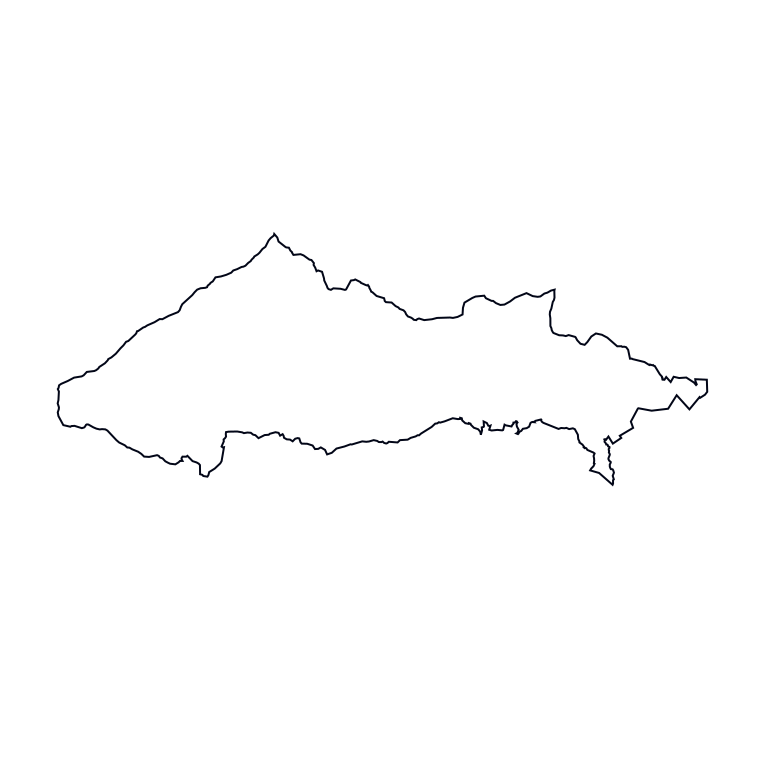 Dumitrita, Bistrita-Nasaud, Romania (Mercator projection), rotated 193°
{"feature_id": "2599482B55975962781484", "entity_name": "Dumitrita", "entity_type": "district", "adm_level": 2, "iso_a3": "ROU", "parent_name": "Romania", "parent_adm1": "Bistrita-Nasaud", "projection": "mercator", "projection_center": [24.726, 47.079], "detail": "fine", "context": "isolated", "style": "outline", "palette": "ink", "viewbox_px": 768, "rotation_deg": 193, "n_neighbors": 0, "source": "geoboundaries", "source_scale": "gbopen_adm2", "svg_char_len": 6152}
<svg xmlns="http://www.w3.org/2000/svg" viewBox="0 0 768 768"><g transform="rotate(193 384 384)"><path d="M524.7,505.5L524.7,503.9L527.3,500.6L528.7,497.9L530.4,491.0L532.8,488.2L534.9,483.8L536.2,481.9L539.1,479.0L539.3,478.0L541.0,475.3L541.5,473.8L543.6,471.4L545.6,468.1L547.4,466.7L549.1,466.0L552.9,462.9L556.4,460.7L557.9,458.1L562.2,454.9L567.1,452.1L572.2,450.0L573.9,445.5L575.8,443.5L576.2,442.4L577.9,440.2L578.2,438.5L579.8,437.5L584.3,436.0L587.3,433.9L589.2,430.8L590.8,427.5L598.5,416.4L599.2,413.6L599.7,409.9L600.9,407.7L609.1,402.0L614.5,397.3L617.2,396.8L621.5,392.6L627.8,387.9L629.7,385.9L631.3,384.9L635.5,380.3L636.5,379.9L636.8,377.7L637.4,376.4L642.8,368.4L644.8,367.1L646.6,363.0L648.8,359.5L652.1,353.2L655.6,348.6L658.3,346.2L658.5,345.0L660.6,341.4L665.2,336.6L665.9,334.8L667.6,332.7L669.2,331.5L676.3,328.9L678.6,324.9L680.3,323.4L687.4,320.5L692.8,315.8L698.6,311.5L700.3,309.6L700.2,307.0L700.7,305.7L699.1,303.6L697.6,295.1L697.6,291.7L695.5,288.2L695.2,286.4L695.5,283.0L694.0,279.5L687.2,271.8L680.0,271.8L679.1,272.7L676.1,273.6L668.5,273.0L666.5,274.1L665.9,274.9L665.1,277.2L664.4,277.8L662.9,278.0L657.5,276.4L654.2,275.8L650.8,275.8L648.6,276.6L645.3,277.1L643.0,276.4L632.1,269.1L628.9,267.4L622.8,266.0L619.9,264.4L617.7,264.7L614.5,263.7L608.3,262.7L604.7,261.3L601.4,259.3L596.5,260.1L589.1,263.6L587.3,263.3L585.8,262.0L583.0,261.7L579.7,259.5L576.8,258.7L574.5,258.2L569.2,258.8L566.5,261.5L565.5,263.1L563.0,263.7L564.3,265.2L564.6,266.1L564.0,267.9L560.3,268.7L559.4,269.8L553.2,265.8L548.9,265.4L546.6,264.7L545.1,263.6L542.9,254.7L540.5,254.6L539.4,253.7L535.2,254.0L534.6,255.7L534.5,258.9L529.9,263.5L525.7,269.8L524.9,272.3L525.7,286.4L526.8,285.9L528.2,286.5L527.2,292.0L527.8,293.9L526.7,295.5L526.1,297.2L526.9,299.7L527.1,301.6L524.7,302.6L516.3,304.7L511.2,305.0L509.5,304.6L506.1,306.0L502.8,306.5L500.1,305.2L497.8,305.2L494.1,303.0L488.8,307.4L484.9,308.6L484.1,309.8L478.9,312.6L475.7,312.7L473.6,310.3L471.5,312.3L470.2,311.0L469.3,309.1L466.3,308.2L463.1,308.7L460.1,307.6L458.2,310.7L455.9,311.9L454.3,311.9L452.2,308.4L450.8,307.4L445.3,308.5L439.7,308.0L436.6,305.1L433.5,306.0L431.3,308.0L426.6,306.5L423.6,302.6L419.4,305.2L415.8,310.4L408.5,314.2L403.1,317.7L401.8,317.8L392.3,323.2L388.3,323.7L385.7,324.6L381.4,327.0L377.8,327.0L376.0,326.3L373.5,326.8L372.4,327.6L370.6,326.6L368.5,326.5L367.4,327.2L366.3,328.8L357.6,330.1L355.8,332.9L348.4,335.1L345.9,337.5L341.3,340.1L339.8,341.6L338.3,341.9L336.8,344.0L327.9,352.9L325.2,356.9L323.3,357.6L321.9,359.1L320.6,359.0L316.6,361.2L309.3,366.1L304.3,366.4L302.1,367.0L302.2,368.2L300.5,368.1L299.6,366.1L296.0,364.1L292.5,364.2L292.5,365.0L290.8,364.8L290.0,363.7L286.6,361.6L282.1,361.1L279.5,359.2L278.2,356.3L278.0,360.9L279.0,363.7L277.3,364.6L277.1,365.3L278.5,369.9L275.0,369.1L273.0,366.8L271.8,366.8L270.9,367.4L271.2,363.1L268.7,362.9L263.2,364.8L258.4,365.4L257.6,366.0L257.4,371.5L256.1,371.1L250.2,371.3L249.8,372.9L249.1,374.0L249.2,375.5L247.9,375.8L247.0,377.5L246.2,377.4L245.3,376.5L245.6,376.2L245.8,374.5L244.9,372.4L242.5,369.7L243.0,366.4L243.9,365.6L242.2,365.3L241.7,366.1L241.5,367.6L239.7,369.2L238.6,371.6L235.0,373.1L233.0,375.1L232.5,379.0L231.9,379.7L231.1,380.3L228.9,380.6L229.3,380.9L228.7,381.1L228.3,382.1L223.0,384.8L222.7,384.6L222.8,384.0L221.8,382.8L220.0,382.0L203.8,379.5L201.5,381.0L198.1,381.5L196.4,382.3L193.5,381.7L190.0,383.3L187.9,382.9L183.7,378.2L182.4,374.1L180.4,371.6L180.4,371.0L177.0,369.6L174.9,367.8L175.2,367.3L174.0,366.6L173.3,367.0L172.4,366.9L171.0,365.5L164.5,364.3L163.2,363.7L163.6,361.0L162.6,358.8L161.9,356.4L161.7,354.0L160.9,353.7L161.4,351.0L163.1,348.2L163.7,346.2L154.4,345.7L138.6,337.2L138.4,338.4L139.2,341.8L138.6,342.8L140.5,346.0L140.0,349.3L141.2,351.4L142.1,352.3L143.8,352.1L144.8,353.3L145.4,354.3L145.9,356.3L145.4,358.4L145.6,359.1L147.4,360.0L148.4,361.3L148.6,362.2L148.1,365.6L148.2,366.4L149.5,367.9L149.6,369.6L150.2,370.3L150.4,371.3L149.9,372.5L150.2,373.4L151.6,373.7L152.2,374.8L152.9,375.2L153.8,375.0L154.6,376.2L156.1,377.3L156.3,379.1L156.8,379.6L156.2,380.0L155.1,379.6L153.5,383.3L147.6,377.4L140.7,384.8L142.6,386.6L131.4,397.3L135.0,402.9L131.1,417.2L130.6,417.6L117.2,418.2L101.6,423.8L96.3,438.9L80.7,428.0L73.6,442.2L72.9,441.6L68.8,445.8L67.3,449.1L70.4,460.8L81.8,458.7L81.2,456.9L79.2,454.0L79.7,453.2L82.2,455.1L90.9,458.3L97.8,456.2L103.4,456.2L105.1,450.4L110.6,454.3L111.7,451.2L113.6,450.9L113.9,451.4L113.8,452.3L114.6,452.7L114.8,453.7L117.4,455.5L124.2,462.4L125.1,462.4L126.1,463.0L126.6,462.6L129.2,462.8L129.4,462.2L130.2,462.3L135.1,464.0L147.7,464.2L148.3,464.5L150.0,464.0L153.8,472.2L156.3,474.3L158.2,474.4L160.2,473.8L161.2,474.2L165.2,473.2L176.8,479.4L182.8,481.0L188.9,480.9L192.7,476.9L195.3,470.6L197.3,467.3L201.6,467.4L205.6,470.1L207.8,472.6L208.4,472.9L215.1,473.2L217.6,471.6L220.5,471.6L224.3,470.9L230.1,471.8L230.8,472.1L232.6,474.1L233.5,476.1L234.9,477.9L236.7,485.5L238.1,489.0L238.5,491.7L237.9,495.1L238.0,501.9L237.3,504.1L237.3,506.5L239.0,513.1L239.0,514.3L242.3,512.6L245.3,509.8L248.1,508.2L251.3,504.5L253.9,503.5L258.9,503.1L265.6,504.6L275.8,497.5L279.7,492.8L284.5,488.5L288.4,487.2L293.1,488.0L296.3,489.5L298.0,489.2L304.0,490.5L306.2,492.6L314.5,489.8L317.3,487.7L323.9,481.4L324.2,476.0L323.1,469.4L327.4,465.9L331.7,463.9L334.7,463.6L347.2,460.3L351.8,457.9L359.2,455.3L364.6,455.7L366.2,454.7L366.9,453.5L368.8,453.3L369.6,453.3L370.7,454.1L372.7,454.8L375.9,455.2L378.1,456.9L379.6,458.9L381.6,460.2L385.7,460.7L387.2,461.8L390.2,462.5L394.9,465.1L400.5,464.2L401.9,465.0L403.2,467.6L411.0,468.1L415.9,470.8L417.3,471.1L417.8,472.0L420.0,474.5L420.4,475.5L421.9,476.8L422.3,476.2L424.0,476.3L429.4,477.4L429.9,478.0L435.6,479.4L436.6,478.5L439.5,477.4L442.2,467.6L443.2,466.9L447.8,467.0L454.9,465.8L456.9,463.8L459.4,464.0L460.8,465.1L461.6,466.5L465.5,471.4L466.2,473.4L469.6,479.4L473.8,479.8L475.1,478.7L477.2,481.9L479.4,484.2L479.5,486.0L482.6,488.5L484.6,488.4L491.3,491.2L494.5,491.7L501.3,489.4L503.2,491.3L503.2,491.7L505.3,493.0L507.3,495.4L510.0,495.1L511.0,495.4L518.8,499.1L520.9,502.7L524.7,505.5Z" fill="none" stroke="#020617" stroke-width="2"/></g></svg>